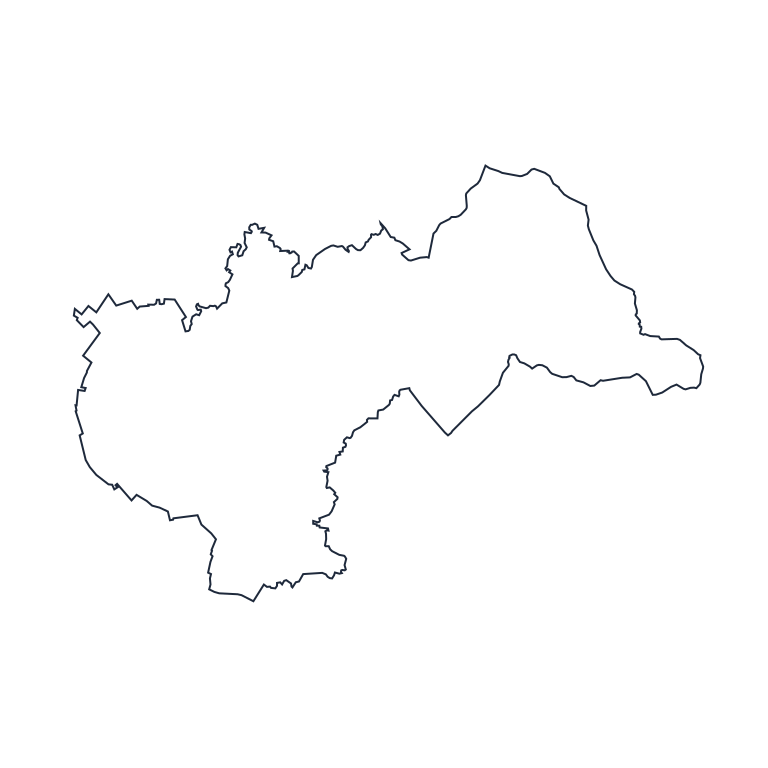 Thach That, Ha Noi, Vietnam, rotated 186°
{"feature_id": "81297802B69837826881440", "entity_name": "Thach That", "entity_type": "district", "adm_level": 2, "iso_a3": "VNM", "parent_name": "Vietnam", "parent_adm1": "Ha Noi", "projection": "robinson", "projection_center": [105.527, 21.024], "detail": "fine", "context": "isolated", "style": "outline", "palette": "slate", "viewbox_px": 768, "rotation_deg": 186, "n_neighbors": 0, "source": "geoboundaries", "source_scale": "gbopen_adm2", "svg_char_len": 6146}
<svg xmlns="http://www.w3.org/2000/svg" viewBox="0 0 768 768"><g transform="rotate(186 384 384)"><path d="M72.9,412.5L70.0,416.5L69.5,418.3L69.5,426.9L68.4,432.7L68.4,434.7L72.4,442.8L72.3,445.7L74.7,446.4L79.6,450.1L87.5,454.0L94.3,458.8L97.3,459.5L112.7,457.4L114.2,458.0L115.6,459.9L124.3,459.5L129.6,460.9L131.0,460.1L134.5,461.1L134.7,462.4L133.8,465.9L134.2,467.8L135.6,467.8L136.0,469.8L136.9,470.3L136.9,470.9L135.7,472.0L136.2,474.0L140.9,478.5L140.9,479.5L140.0,480.5L140.2,483.8L142.9,490.3L143.0,496.4L143.5,497.9L144.8,499.4L144.8,501.8L147.3,503.9L159.5,507.9L165.7,511.0L170.0,515.1L175.1,521.3L183.1,534.8L187.1,543.7L190.8,548.7L196.5,559.4L197.8,562.9L197.7,568.8L201.1,577.7L201.5,582.3L218.9,588.5L224.7,591.4L229.9,596.3L230.7,597.9L236.5,601.0L240.8,607.9L246.0,610.8L257.1,613.7L259.7,612.7L263.6,607.9L268.6,605.3L270.5,604.9L288.5,606.3L292.5,607.7L301.5,609.6L305.9,611.8L309.9,596.7L311.9,593.1L318.2,587.4L322.1,582.1L322.3,580.4L320.3,569.8L320.2,567.8L320.8,566.3L325.4,560.3L327.6,558.6L330.0,557.6L334.4,557.1L336.1,554.9L344.5,549.5L345.7,547.8L348.0,541.8L350.5,538.8L352.8,514.3L354.7,514.7L361.3,513.4L370.1,509.6L372.6,509.7L379.5,514.6L380.2,516.1L372.7,520.6L380.0,525.7L383.4,527.3L387.7,528.2L389.0,530.6L392.7,530.9L399.1,539.0L404.3,543.7L403.9,542.5L402.0,540.5L401.3,537.7L402.8,536.3L403.7,533.1L405.8,531.6L408.0,532.3L409.8,531.3L412.1,531.7L412.5,531.1L412.2,528.6L414.3,525.9L414.9,524.1L417.0,522.9L417.5,519.9L419.0,517.2L421.4,514.6L423.9,514.4L425.9,515.3L430.4,518.7L433.1,517.5L434.6,516.1L434.4,514.8L432.8,512.5L433.0,511.7L436.3,513.5L439.1,516.3L440.3,516.8L444.4,515.6L448.8,516.5L451.0,515.9L456.8,512.1L464.9,505.1L467.6,500.1L468.0,492.8L468.7,491.2L471.3,491.5L473.3,494.0L474.6,494.4L475.1,489.7L477.2,488.9L477.5,486.8L480.3,483.4L481.4,482.4L486.7,480.7L486.4,487.0L487.0,489.3L482.4,495.0L481.4,495.1L482.2,502.5L487.3,506.4L489.1,506.1L489.6,505.1L491.2,504.1L491.8,504.1L492.0,505.3L493.4,505.4L492.8,506.5L493.3,506.6L501.1,505.4L500.9,507.4L501.8,508.4L505.0,509.8L507.3,509.2L509.1,514.4L513.4,515.4L513.3,516.9L511.4,520.1L517.6,522.2L521.7,521.9L519.5,526.8L525.0,525.2L526.7,529.1L529.2,530.0L531.8,528.5L533.2,528.4L534.4,525.8L534.1,523.6L531.7,522.3L531.4,521.6L532.1,520.1L538.4,520.6L538.5,518.2L537.3,514.2L537.4,509.7L534.8,505.6L535.6,503.5L537.5,501.4L538.4,497.2L542.0,495.7L543.1,496.9L543.1,499.3L540.5,505.6L541.3,507.2L542.5,507.8L544.3,508.0L545.2,504.5L550.6,504.1L551.7,501.3L550.4,498.9L549.0,499.8L547.9,497.2L550.5,495.4L552.3,491.7L552.3,484.9L553.8,482.4L552.4,480.6L551.2,482.0L548.7,480.8L549.7,479.0L546.2,477.2L548.2,471.4L549.6,469.0L551.8,467.6L552.0,466.2L551.9,464.8L549.0,463.1L547.6,460.7L549.3,448.6L553.3,447.3L557.9,441.5L559.2,443.7L560.4,444.2L561.9,443.6L565.2,443.6L566.7,441.6L568.9,440.8L575.4,441.9L576.6,442.8L577.3,444.3L578.4,443.7L579.0,441.5L577.4,438.5L576.8,438.1L574.0,438.8L573.4,437.3L575.0,433.1L578.1,433.7L581.5,431.0L582.5,426.3L581.5,423.5L582.7,421.5L582.9,417.6L584.1,416.3L586.9,415.6L591.5,426.4L588.0,429.9L601.0,446.1L611.1,445.5L611.3,440.9L613.6,440.1L615.4,440.2L616.4,444.3L618.7,444.0L619.1,440.3L620.9,438.8L626.7,438.3L626.3,437.1L635.0,435.5L637.3,433.0L643.6,440.5L658.5,434.0L667.5,444.4L677.6,425.2L686.1,430.7L692.0,421.6L699.3,426.4L699.6,419.6L695.6,417.8L696.2,415.4L688.7,409.2L682.9,415.3L679.6,412.7L672.0,405.0L686.2,380.7L677.2,374.8L680.8,365.9L680.7,364.4L682.9,358.6L684.7,349.2L680.3,348.8L681.0,345.8L687.6,346.1L687.5,330.6L688.6,330.6L687.0,325.4L687.8,324.7L678.4,303.3L681.3,301.1L672.7,277.2L667.9,270.6L660.6,263.5L647.5,255.4L643.8,255.4L641.2,251.0L638.2,253.4L640.4,255.3L639.0,256.8L622.9,241.8L618.5,247.9L607.8,242.9L601.9,238.8L594.3,237.6L585.6,234.6L582.6,226.1L579.6,227.0L579.4,228.4L555.7,234.0L550.9,225.1L540.2,217.4L534.9,212.0L538.2,200.8L537.6,200.2L538.5,196.5L536.5,194.8L538.0,189.0L539.2,178.0L536.2,176.9L536.8,172.5L535.6,166.5L536.4,161.5L531.0,159.5L526.0,158.6L507.6,159.6L503.6,159.1L491.2,154.3L482.5,172.0L479.2,170.0L476.2,170.6L475.0,169.4L470.7,169.4L469.3,172.1L469.6,175.0L466.5,175.9L464.4,174.0L462.7,177.8L460.7,178.7L455.6,175.9L454.8,172.9L453.8,172.1L451.0,177.6L447.9,178.7L444.5,186.5L425.7,189.7L421.9,188.6L419.9,186.4L417.7,185.3L415.3,185.2L413.7,188.5L413.1,191.4L408.5,190.7L406.2,191.5L407.1,192.5L407.1,194.1L406.1,194.7L403.6,194.6L402.6,195.5L404.3,199.8L403.3,206.2L404.9,208.4L405.8,209.0L410.6,209.4L418.1,212.3L420.3,214.0L422.0,216.9L425.2,216.6L425.8,217.2L425.3,223.7L426.0,228.9L426.9,231.4L425.5,232.5L423.9,232.4L424.6,234.5L433.0,234.6L433.5,236.3L436.0,236.1L436.3,237.4L439.8,237.6L440.1,240.4L435.9,239.6L434.4,239.9L433.7,240.5L433.5,241.7L434.3,243.6L425.0,248.3L422.8,251.9L420.5,259.1L421.5,261.3L418.4,264.8L418.3,266.5L422.0,269.2L421.1,270.7L423.3,272.8L427.2,275.5L430.0,274.6L430.6,275.5L430.0,281.9L431.0,285.8L430.1,290.5L434.3,290.6L435.0,291.6L431.9,292.1L431.2,292.8L431.3,294.1L432.8,295.3L432.7,296.4L424.4,300.7L424.0,307.7L420.1,309.2L421.2,311.8L418.0,312.6L418.2,316.4L415.8,317.5L415.4,319.0L415.8,320.7L418.0,321.6L417.8,324.3L415.3,327.1L412.5,326.6L411.6,327.0L410.4,329.1L409.8,332.7L408.7,334.8L402.9,338.6L396.8,344.6L397.2,346.5L395.9,348.2L386.9,349.1L387.2,355.4L386.8,357.1L382.1,358.5L376.9,363.7L376.2,365.0L376.2,368.3L374.3,369.0L373.6,372.5L372.4,374.3L368.1,373.3L367.6,375.0L368.1,377.8L367.8,379.2L367.0,380.0L358.4,382.5L357.6,380.4L344.2,366.1L318.4,342.1L315.0,339.6L312.2,342.3L311.0,344.6L293.7,366.0L288.2,371.6L278.0,384.0L269.5,395.1L269.1,398.6L266.9,407.6L262.0,415.1L262.0,416.7L263.0,418.9L262.7,421.2L261.8,423.1L262.3,423.5L262.1,425.1L259.4,426.8L257.6,427.0L255.6,426.4L254.0,423.5L251.1,420.1L246.6,419.2L240.6,416.5L238.3,414.8L233.9,418.5L232.0,419.2L228.5,419.2L223.7,417.3L220.0,413.2L217.8,411.7L207.5,409.4L203.3,409.9L198.5,411.7L196.1,410.8L193.1,407.7L185.8,406.5L178.6,403.6L174.7,404.4L169.0,410.4L166.5,410.1L147.8,415.1L140.0,416.3L133.8,420.4L131.6,419.9L123.8,414.2L115.6,401.3L112.4,401.8L106.4,404.6L98.2,411.2L93.0,414.0L85.5,410.5L83.5,410.2L78.9,412.2L75.3,412.8L72.9,412.5Z" fill="none" stroke="#1e293b" stroke-width="2"/></g></svg>